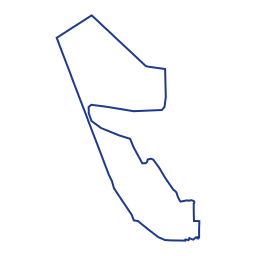 Um Bada, Khartoum, Sudan
{"feature_id": "16777658B32712127220798", "entity_name": "Um Bada", "entity_type": "district", "adm_level": 2, "iso_a3": "SDN", "parent_name": "Sudan", "parent_adm1": "Khartoum", "projection": "natural_earth1", "projection_center": [32.183, 16.117], "detail": "fine", "context": "isolated", "style": "outline", "palette": "blue", "viewbox_px": 256, "rotation_deg": 0, "n_neighbors": 0, "source": "geoboundaries", "source_scale": "gbopen_adm2", "svg_char_len": 1709}
<svg xmlns="http://www.w3.org/2000/svg" viewBox="0 0 256 256"><path d="M56.7,37.8L58.0,41.2L58.9,43.7L60.1,46.8L62.4,52.9L64.7,58.8L64.8,59.2L69.6,71.6L72.5,79.5L77.8,93.4L80.2,99.7L86.7,116.5L89.0,122.8L94.7,137.7L97.2,144.1L103.2,159.9L105.3,165.5L107.0,169.9L108.7,174.5L112.0,181.2L112.0,181.3L114.0,188.4L114.1,188.5L118.9,195.7L128.4,209.9L131.6,214.7L131.8,215.1L133.7,220.0L133.8,220.4L134.4,220.5L138.0,221.0L140.2,222.9L144.3,226.2L148.2,229.4L158.2,237.1L164.2,239.7L164.7,240.0L171.1,240.4L185.3,240.6L185.3,239.7L186.2,239.7L186.9,239.7L187.7,239.9L188.4,240.2L188.8,239.8L189.2,238.7L189.4,238.1L191.0,238.8L192.0,239.2L193.3,239.6L194.1,238.9L195.1,238.1L195.9,237.3L197.4,237.2L197.4,238.4L198.2,238.5L198.7,238.0L199.1,237.5L199.1,234.2L199.1,231.2L199.1,229.9L199.1,228.3L199.2,226.9L199.2,226.0L199.3,223.4L199.3,221.8L199.3,221.1L198.1,221.1L197.4,221.0L196.6,221.0L194.9,221.0L194.0,221.0L193.9,218.0L193.8,214.7L193.7,203.7L194.1,203.3L194.3,202.6L194.2,201.7L193.8,201.1L192.0,200.4L191.0,200.2L190.0,200.4L189.4,200.6L188.5,200.7L187.6,200.4L186.8,200.4L180.7,201.6L179.8,200.8L177.7,196.4L176.4,192.4L175.2,191.1L173.2,189.6L165.2,177.9L158.9,167.3L153.2,159.6L150.9,158.7L147.7,159.5L147.1,161.9L145.7,163.2L142.3,163.3L133.6,147.3L130.1,138.8L118.9,135.3L101.2,128.1L91.5,121.0L88.8,113.4L88.6,107.0L91.3,104.8L106.1,106.7L133.6,111.2L161.8,110.0L164.5,107.0L165.8,96.9L165.1,69.3L165.1,69.0L164.8,69.0L163.8,68.8L161.2,68.5L161.0,68.4L160.4,68.4L158.4,68.1L152.8,67.3L147.2,66.5L145.5,65.8L130.8,52.0L117.3,39.4L114.7,37.0L111.1,33.5L104.3,27.2L101.0,24.1L95.5,18.9L91.7,15.4L91.0,15.8L73.2,27.2L62.5,34.1L56.9,37.7L56.7,37.8Z" fill="none" stroke="#1e3a8a" stroke-width="2"/></svg>